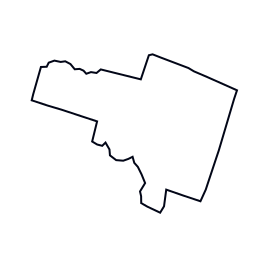 Morro Reuter, Rio Grande do Sul, Brazil, rotated 191°
{"feature_id": "56859067B6764264702080", "entity_name": "Morro Reuter", "entity_type": "district", "adm_level": 2, "iso_a3": "BRA", "parent_name": "Brazil", "parent_adm1": "Rio Grande do Sul", "projection": "natural_earth1", "projection_center": [-51.038, -29.513], "detail": "fine", "context": "isolated", "style": "outline", "palette": "ink", "viewbox_px": 256, "rotation_deg": 191, "n_neighbors": 0, "source": "geoboundaries", "source_scale": "gbopen_adm2", "svg_char_len": 816}
<svg xmlns="http://www.w3.org/2000/svg" viewBox="0 0 256 256"><g transform="rotate(191 128 128)"><path d="M117.9,205.0L121.4,203.4L124.7,178.2L165.9,180.3L169.4,176.0L175.0,175.8L179.3,173.3L182.6,175.8L186.7,176.8L191.5,175.5L196.7,179.8L202.3,181.5L206.7,180.0L213.1,180.1L218.3,177.0L219.5,172.6L225.1,171.3L227.5,143.1L227.8,136.8L211.3,134.7L196.8,133.3L176.4,130.7L159.6,128.6L160.6,107.9L155.1,105.9L149.9,105.6L147.3,109.4L142.1,103.4L140.5,97.7L133.5,94.2L126.4,95.0L121.8,97.7L118.0,100.6L115.2,95.0L110.9,91.7L105.8,85.0L100.7,77.2L104.1,68.0L102.1,63.5L100.7,56.8L94.0,54.5L80.3,51.0L77.7,58.0L78.7,74.8L60.6,72.2L42.9,69.9L39.9,82.4L39.1,88.7L35.6,115.7L34.6,123.2L29.4,176.8L28.2,185.8L60.2,193.2L74.1,196.2L80.1,198.4L109.2,203.4L117.9,205.0Z" fill="none" stroke="#020617" stroke-width="2"/></g></svg>